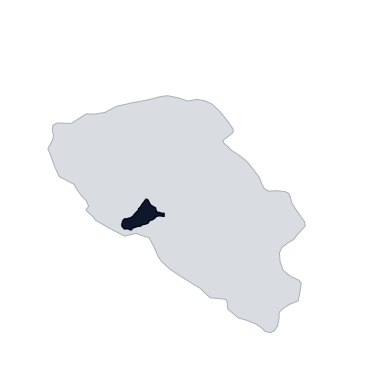 Bhutan, with Chirang highlighted, rotated 38°
{"feature_id": "BTN-2481", "entity_name": "Chirang", "entity_type": "District", "adm_level": 1, "iso_a3": "BTN", "parent_name": "Bhutan", "parent_adm1": "", "projection": "orthographic", "projection_center": [90.138, 26.993], "detail": "fine", "context": "in_parent", "style": "filled", "palette": "ink", "viewbox_px": 384, "rotation_deg": 38, "n_neighbors": 0, "source": "natural_earth", "source_scale": "10m", "svg_char_len": 2266}
<svg xmlns="http://www.w3.org/2000/svg" viewBox="0 0 384 384"><g transform="rotate(38 192 192)"><path d="M301.5,165.5L301.0,167.8L298.5,174.0L296.9,180.6L298.4,186.1L304.1,192.5L311.9,197.6L321.6,197.8L330.5,195.7L334.1,196.5L339.1,205.1L342.7,212.5L338.1,220.4L335.6,227.2L334.8,232.0L335.4,234.1L338.3,237.9L341.8,244.5L342.4,250.6L340.3,254.7L335.7,256.8L330.7,256.3L326.7,256.4L321.6,257.2L313.6,259.6L306.2,262.6L292.3,262.2L286.6,256.2L284.0,256.2L271.4,264.2L257.6,262.9L232.4,265.7L221.9,266.4L211.1,265.5L205.6,263.9L195.5,258.4L186.3,254.5L176.9,258.1L173.6,258.8L166.1,268.2L149.8,271.3L133.6,273.6L128.8,272.3L119.7,271.7L119.3,269.5L119.6,267.4L117.5,265.7L113.8,263.9L107.5,263.1L99.3,260.7L94.6,258.5L77.9,261.6L68.3,256.6L57.3,249.7L51.8,246.7L49.9,236.1L48.0,232.7L43.7,229.1L41.3,224.9L43.3,220.6L54.3,212.6L55.2,210.8L60.4,195.8L67.5,190.4L74.4,182.9L79.8,170.9L89.9,158.6L101.0,146.0L108.7,135.8L113.7,131.0L124.1,125.9L132.8,122.9L138.8,116.0L146.0,112.2L153.5,110.4L164.5,111.4L174.9,113.8L186.2,117.3L187.6,120.0L186.6,124.9L185.0,129.9L184.9,132.5L186.7,133.8L197.8,134.8L211.5,133.9L219.1,134.6L236.3,139.1L241.3,142.3L246.5,144.7L251.6,144.3L258.0,138.9L264.8,134.4L269.0,133.6L272.0,135.0L277.5,139.3L288.8,143.2L298.9,146.1L302.2,149.0L301.2,161.4L301.5,165.5Z" fill="#d9dde1" stroke="#a8b0b8" stroke-width="1"/><path d="M162.0,225.4L166.7,227.5L167.9,227.7L171.1,227.4L172.4,227.0L172.8,227.0L173.2,227.1L174.5,228.3L175.5,228.8L176.3,229.7L178.9,228.2L180.9,227.6L183.2,226.1L184.9,228.3L183.6,229.2L182.6,229.7L181.1,230.7L180.4,231.3L179.2,232.7L178.9,233.3L178.7,235.3L178.5,236.3L177.6,238.8L176.2,240.2L176.4,243.7L175.0,246.0L173.5,247.6L172.7,249.0L172.6,250.0L172.0,251.1L170.6,252.1L167.4,257.0L167.3,257.4L167.3,257.7L167.4,257.9L167.5,258.2L167.5,258.4L167.5,259.1L167.2,259.5L166.6,259.8L165.0,260.1L164.0,260.5L162.9,261.3L162.5,261.9L161.9,262.4L161.2,262.7L159.2,262.3L158.0,262.1L157.4,261.7L156.4,260.2L156.2,259.0L155.4,258.0L155.4,257.8L155.2,256.9L155.2,256.4L155.4,255.5L155.4,255.0L155.7,254.3L157.3,253.4L158.1,251.9L159.5,250.3L160.4,247.6L160.4,244.6L160.4,244.3L160.8,241.1L160.9,238.8L160.2,237.9L160.7,236.2L160.3,232.9L160.2,225.9L162.0,225.4Z" fill="#0f172a" stroke="#020617" stroke-width="1.5"/></g></svg>